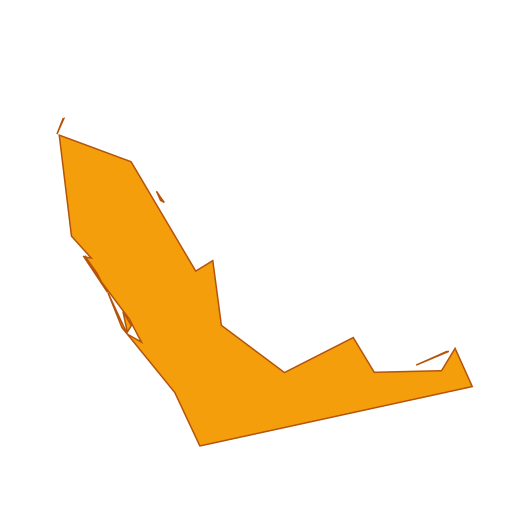 Florida, Equal Earth projection, rotated 164°
{"feature_id": "USA-3542", "entity_name": "Florida", "entity_type": "State", "adm_level": 1, "iso_a3": "USA", "parent_name": "United States of America", "parent_adm1": "", "projection": "equal_earth", "projection_center": [-82.742, 27.771], "detail": "coarse", "context": "isolated", "style": "filled", "palette": "amber", "viewbox_px": 512, "rotation_deg": 164, "n_neighbors": 0, "source": "natural_earth", "source_scale": "10m", "svg_char_len": 731}
<svg xmlns="http://www.w3.org/2000/svg" viewBox="0 0 512 512"><g transform="rotate(164 256 256)"><path d="M90.1,112.3L84.1,70.9L362.3,88.9L371.7,147.2L404.6,224.2L408.4,261.2L401.3,216.4L389.9,204.8L395.1,230.2L411.7,273.5L413.4,282.8L420.3,302.4L420.4,303.3L419.4,301.5L415.0,299.5L427.9,326.0L411.8,426.4L350.1,381.0L318.1,258.1L298.8,263.5L308.4,198.9L260.8,136.1L185.0,150.8L174.4,111.6L109.3,94.6L90.1,112.3ZM395.0,223.4L400.7,218.3L399.2,239.3L395.0,223.4ZM402.8,441.1L413.7,428.1L403.7,441.1L402.8,441.1ZM96.9,111.2L132.1,107.0L99.4,111.6L96.9,111.2ZM415.9,288.8L408.7,261.8L422.0,303.7L415.9,288.8ZM333.8,345.7L331.5,338.4L329.4,332.8L332.4,335.7L333.8,345.7Z" fill="#f59e0b" stroke="#b45309" stroke-width="1.5"/></g></svg>